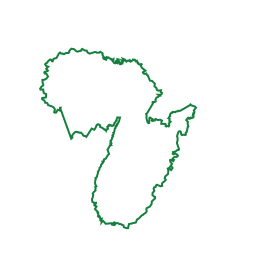 outline of Zapotillo, Loja, Ecuador, rotated 340°
{"feature_id": "8360857B34607676191169", "entity_name": "Zapotillo", "entity_type": "district", "adm_level": 2, "iso_a3": "ECU", "parent_name": "Ecuador", "parent_adm1": "Loja", "projection": "mercator", "projection_center": [-80.325, -4.234], "detail": "fine", "context": "isolated", "style": "outline", "palette": "green", "viewbox_px": 256, "rotation_deg": 340, "n_neighbors": 0, "source": "geoboundaries", "source_scale": "gbopen_adm2", "svg_char_len": 5832}
<svg xmlns="http://www.w3.org/2000/svg" viewBox="0 0 256 256"><g transform="rotate(340 128 128)"><path d="M171.9,103.8L169.3,103.3L168.2,102.2L168.4,100.1L167.1,97.8L168.4,95.6L166.8,92.1L164.8,90.9L164.6,85.3L163.9,84.6L163.8,83.0L161.8,82.7L161.0,81.4L161.0,80.9L161.6,80.5L164.0,80.1L161.6,76.1L161.3,73.5L162.6,72.8L162.3,72.4L160.7,72.3L159.7,71.5L159.4,70.7L159.9,70.6L160.0,70.1L159.2,69.5L159.3,67.8L158.0,67.9L157.8,66.2L156.0,65.4L155.8,66.0L153.2,66.5L152.9,64.9L152.1,65.5L151.4,64.7L150.5,64.6L149.2,65.1L148.7,62.9L147.0,61.3L147.4,63.4L146.6,63.5L145.2,62.3L145.4,64.3L144.9,65.5L144.4,65.5L144.0,64.4L142.9,63.7L142.9,65.5L142.5,65.5L142.0,64.8L142.2,64.2L141.2,62.7L140.6,62.7L140.0,63.5L139.5,63.1L140.3,61.9L142.4,61.7L142.7,60.4L141.6,59.7L141.4,60.8L139.4,61.0L139.0,61.5L139.5,62.3L138.0,62.8L137.2,62.2L136.3,59.1L137.5,59.2L137.9,58.2L137.1,58.4L135.5,57.7L135.6,57.0L134.5,56.4L133.7,54.9L132.7,54.9L132.2,54.0L131.6,54.2L132.3,55.2L131.5,55.5L130.8,56.4L129.8,55.5L130.7,54.7L129.7,53.5L129.5,54.6L128.8,54.5L128.7,53.3L129.5,52.7L129.0,50.8L129.7,49.3L128.0,46.9L126.5,47.3L124.4,46.5L123.8,45.7L122.9,45.3L117.4,45.0L115.8,43.2L115.7,41.2L114.0,40.5L112.0,38.0L111.1,38.3L110.6,39.3L106.8,39.0L105.7,38.2L104.3,35.5L101.9,34.1L99.6,35.2L98.8,36.0L98.6,36.9L97.5,37.1L95.3,36.3L93.0,36.8L91.9,35.5L91.3,35.6L90.3,34.8L89.9,33.9L88.5,34.4L84.8,37.7L81.6,37.6L80.0,39.6L79.3,39.2L79.0,37.4L78.1,37.0L75.5,38.0L74.5,39.0L73.2,39.1L71.9,39.8L72.4,41.9L74.0,43.1L71.4,44.4L72.4,46.7L71.8,47.0L68.8,46.8L68.3,47.4L68.5,48.4L69.5,48.8L70.0,49.5L70.4,52.4L68.0,53.8L65.6,54.0L64.0,53.6L63.2,56.4L63.3,57.9L62.9,58.9L60.7,59.6L58.9,61.0L58.9,62.0L61.5,62.8L60.8,66.0L61.5,67.2L62.6,67.9L62.6,68.5L61.3,71.2L57.9,70.5L57.4,70.6L57.2,71.5L58.8,73.6L58.9,76.0L60.3,76.5L60.8,77.8L60.7,79.1L63.7,81.5L65.2,83.3L65.7,85.6L64.0,87.8L64.4,88.5L65.7,88.9L68.2,86.9L69.1,87.5L70.1,87.4L71.1,85.7L71.7,85.9L70.8,87.3L71.0,88.0L70.5,88.7L71.1,88.9L71.0,118.6L72.4,118.0L73.0,115.9L76.0,114.0L77.5,113.7L79.3,114.6L79.6,115.2L80.3,115.2L81.1,116.0L82.2,116.2L83.2,118.3L83.3,119.7L84.0,120.5L85.4,121.1L85.8,122.1L93.7,116.1L95.6,118.1L97.3,117.0L99.7,114.4L100.4,114.6L101.2,114.2L102.5,115.4L102.6,116.7L102.2,117.6L104.0,119.1L105.1,121.2L105.8,121.3L105.9,122.2L106.6,122.3L106.6,123.1L107.7,122.0L108.9,121.9L109.2,120.6L108.9,119.9L110.0,119.3L110.6,119.5L111.0,118.6L111.8,118.7L113.0,120.2L113.8,120.0L114.2,120.7L115.4,120.7L117.0,118.6L117.9,118.5L119.0,117.2L119.8,117.2L120.0,116.3L121.6,114.4L124.0,115.4L121.9,118.6L118.8,121.4L118.6,120.9L117.5,121.8L117.5,122.4L117.0,122.4L116.2,123.8L115.5,123.9L113.9,126.6L113.0,127.6L112.5,127.6L112.6,128.6L111.5,129.3L111.4,130.1L110.8,129.9L110.6,131.2L109.7,131.6L109.3,132.7L108.2,133.6L107.4,133.9L107.3,134.7L107.0,134.5L106.7,135.1L106.8,136.4L106.3,136.7L106.9,137.0L105.7,138.1L106.0,138.4L104.8,138.5L101.3,141.4L101.3,145.9L99.5,146.8L96.8,149.1L94.6,149.3L93.9,151.0L92.5,150.8L92.6,152.1L90.2,153.2L89.5,154.7L87.5,155.9L86.8,157.4L84.7,158.8L84.5,159.8L81.8,163.5L80.3,163.9L80.4,164.8L79.4,165.9L78.1,168.8L78.0,170.1L78.4,171.8L77.2,172.0L77.1,173.4L76.2,174.6L76.2,175.5L73.3,176.8L72.3,177.7L72.5,179.0L70.8,181.6L69.9,182.3L69.5,183.3L69.3,185.4L71.1,187.0L72.3,187.3L72.0,188.0L71.4,188.3L71.2,187.3L70.5,187.4L69.9,189.2L71.6,191.0L69.2,192.8L71.1,197.0L70.3,197.4L70.7,198.9L70.1,199.7L70.8,200.8L69.8,201.1L70.2,201.7L71.1,201.9L70.8,203.8L72.4,204.2L71.6,205.5L70.8,205.7L71.5,206.3L70.9,207.6L71.8,207.0L72.9,206.9L74.3,210.4L79.9,211.8L80.2,212.1L79.8,213.2L81.9,214.6L82.3,214.4L81.9,213.6L82.0,212.2L82.9,212.0L83.9,213.6L85.0,213.5L86.6,214.5L87.0,215.4L88.6,215.9L89.2,217.0L90.5,217.9L90.2,219.8L92.4,221.6L93.8,222.1L96.0,218.6L103.0,219.5L105.3,217.0L107.1,216.8L111.4,214.7L112.7,214.7L113.7,214.1L115.6,213.8L117.2,212.4L117.4,210.7L118.1,209.7L121.7,209.3L124.1,207.6L125.3,205.1L129.4,203.4L129.8,201.9L129.0,201.2L128.0,199.3L129.0,197.3L131.2,196.2L131.3,193.8L132.0,192.8L133.9,192.8L134.5,191.6L135.7,191.2L138.7,193.9L140.3,194.1L140.8,192.2L141.7,191.2L143.8,190.7L145.8,189.6L145.2,187.8L146.5,186.2L149.9,184.9L151.2,182.2L151.5,179.7L152.3,179.5L153.3,180.1L153.4,181.4L154.1,182.3L156.1,180.9L156.2,180.3L155.7,179.3L154.6,178.6L157.1,176.8L156.3,174.4L156.4,172.8L156.7,172.4L157.6,172.6L159.1,174.6L160.3,173.7L159.4,172.8L159.6,171.9L161.9,171.0L163.9,171.8L165.4,171.2L165.2,170.1L164.3,168.8L163.4,168.2L161.7,168.2L161.2,167.6L162.2,165.9L164.3,166.4L166.7,165.6L168.0,166.0L168.7,165.5L168.8,158.9L170.5,156.3L171.3,153.9L171.2,152.6L173.5,149.5L174.6,148.6L175.9,148.9L176.3,149.5L175.9,152.1L176.1,153.0L178.2,153.4L179.4,154.2L180.1,154.0L180.7,152.1L182.0,151.6L184.3,147.6L185.2,147.3L185.5,144.3L186.4,142.8L185.4,140.4L187.9,138.9L188.3,139.1L188.6,140.3L189.6,140.4L190.0,139.7L190.9,139.8L191.2,140.4L193.1,140.4L193.7,139.2L193.2,138.5L193.8,138.0L193.8,137.2L194.1,136.8L194.8,137.0L195.0,136.3L195.4,136.4L196.0,135.6L195.8,134.0L198.8,132.2L198.4,130.9L195.2,128.3L194.7,127.2L193.7,127.8L182.7,129.7L181.1,129.0L180.7,129.4L179.0,128.9L177.9,129.3L176.3,128.4L175.6,128.7L175.1,128.2L174.4,128.9L173.1,128.8L172.0,130.0L171.8,131.2L170.8,131.3L170.4,132.2L169.3,132.7L170.3,133.7L169.2,135.4L170.2,136.7L167.9,137.7L167.9,139.3L166.8,140.4L166.2,139.7L164.5,139.7L164.0,139.2L164.7,137.6L164.5,136.9L160.7,135.5L161.5,133.6L162.4,132.8L161.4,131.4L158.5,130.6L157.2,129.0L156.7,129.0L155.8,130.1L153.1,129.7L152.9,129.0L154.2,128.3L152.3,125.7L151.6,125.8L149.6,130.5L148.8,130.4L148.4,129.1L148.5,126.7L148.9,124.4L149.8,122.5L149.8,121.1L150.7,120.9L159.8,113.5L159.7,112.5L160.1,112.0L161.8,112.7L163.1,112.6L163.4,110.9L165.1,109.2L166.8,109.1L167.7,108.5L168.7,108.6L167.8,107.1L170.0,108.0L170.9,107.8L171.9,106.7L171.0,105.3L171.9,103.8Z" fill="none" stroke="#15803d" stroke-width="2"/></g></svg>